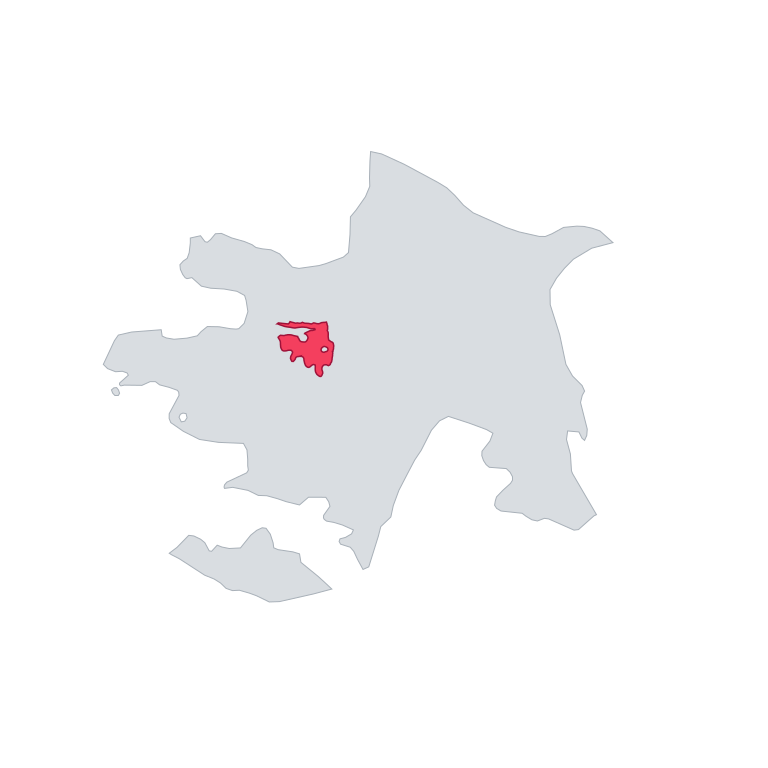 Yevlakh District, Yevlakh Rayon, Azerbaijan shown in context, rotated 333°
{"feature_id": "54616110B52362464060400", "entity_name": "Yevlakh District", "entity_type": "district", "adm_level": 2, "iso_a3": "AZE", "parent_name": "Azerbaijan", "parent_adm1": "Yevlakh Rayon", "projection": "orthographic", "projection_center": [47.034, 40.701], "detail": "fine", "context": "in_parent", "style": "filled", "palette": "rose", "viewbox_px": 768, "rotation_deg": 333, "n_neighbors": 0, "source": "geoboundaries", "source_scale": "gbopen_adm2", "svg_char_len": 6333}
<svg xmlns="http://www.w3.org/2000/svg" viewBox="0 0 768 768"><g transform="rotate(333 384 384)"><path d="M514.0,596.9L511.2,596.8L491.2,602.0L487.0,600.5L469.4,578.9L465.9,576.5L458.5,575.7L454.1,572.1L450.5,566.3L448.4,561.9L430.6,550.3L427.9,546.0L427.5,542.2L430.1,538.7L433.0,535.7L441.6,532.7L451.6,530.0L454.8,528.1L456.4,524.9L456.3,519.9L454.6,514.9L440.0,506.0L438.4,502.2L437.9,497.4L438.6,492.3L440.8,488.4L452.5,482.9L458.7,477.3L454.7,471.2L441.9,457.3L426.7,442.1L416.8,442.0L405.3,446.7L387.0,460.0L376.8,465.7L363.5,475.1L349.0,485.5L337.1,496.5L329.7,505.6L316.4,509.6L309.7,517.2L287.4,540.0L281.1,539.7L280.8,528.3L281.1,519.3L279.8,514.1L272.6,507.0L272.5,503.9L274.5,502.0L280.0,503.2L287.1,502.8L290.5,500.1L282.9,490.7L276.3,484.4L270.6,480.1L269.3,477.5L269.3,475.8L270.6,473.6L280.3,468.5L281.3,463.8L280.7,458.5L265.3,450.6L253.8,453.4L243.5,444.5L236.9,437.7L228.8,430.3L221.4,426.2L214.5,417.0L202.3,407.4L194.5,404.6L194.7,403.2L196.1,401.5L199.4,400.1L221.3,400.8L224.0,399.2L225.4,395.1L228.4,389.2L232.0,380.5L231.8,373.1L210.1,360.9L194.4,349.6L183.7,335.0L176.5,321.6L176.9,317.2L179.1,313.0L196.2,301.1L197.4,298.0L197.0,295.8L191.1,289.5L183.7,282.9L181.4,278.1L176.7,275.7L167.7,275.3L152.1,267.1L148.7,266.2L148.0,264.6L148.8,263.1L160.2,260.1L160.1,257.5L156.7,253.9L150.4,251.2L144.7,244.8L142.8,239.1L163.5,223.0L169.5,219.8L182.7,223.1L210.1,234.5L208.1,240.6L210.9,244.1L217.2,248.8L229.3,253.7L239.5,256.3L244.8,254.3L252.7,252.6L263.0,258.1L272.4,265.1L277.1,267.9L279.7,268.8L286.9,266.5L295.6,257.7L299.1,246.9L300.0,241.8L295.0,234.6L284.7,226.8L273.1,220.0L265.7,213.9L261.1,202.0L256.3,200.7L255.1,199.1L254.4,195.1L254.6,189.5L256.3,185.1L261.0,183.3L265.7,182.7L270.0,178.6L275.4,170.5L277.7,166.0L287.8,168.6L289.1,175.9L290.9,177.5L295.0,176.6L302.0,173.6L307.5,176.0L314.6,184.7L324.4,193.8L329.7,200.0L331.8,204.2L336.9,208.3L344.2,213.1L350.1,220.7L355.4,238.3L360.7,242.4L379.9,249.0L386.6,250.3L405.4,252.5L412.0,250.8L421.5,235.5L430.0,219.8L438.0,216.4L452.5,208.7L461.1,201.4L464.7,193.7L472.7,179.0L477.6,170.8L486.3,177.9L501.6,197.2L523.5,228.8L529.0,237.7L532.7,248.1L536.0,260.8L541.1,271.9L563.6,299.7L573.4,309.8L589.2,322.9L594.7,325.8L601.9,326.4L615.1,326.0L627.5,330.9L633.7,334.4L640.1,339.6L645.9,345.6L652.2,362.0L630.7,357.3L609.4,358.8L597.4,362.8L585.8,368.0L574.8,375.2L568.1,388.8L562.9,419.9L555.0,449.1L555.6,462.5L559.8,475.3L559.5,481.4L555.5,484.1L550.7,489.7L544.6,516.5L541.3,521.9L537.1,525.3L535.8,522.2L535.9,515.2L526.3,509.2L521.4,516.3L518.3,531.0L511.6,546.5L511.3,549.5L514.0,596.9ZM193.2,324.7L194.2,320.5L191.6,318.6L188.8,318.5L186.3,320.5L186.2,325.7L189.6,326.7L193.2,324.7ZM120.4,444.1L117.2,439.7L115.8,437.3L125.4,435.6L141.3,430.2L145.6,433.1L150.1,439.0L152.3,444.0L152.5,453.3L154.4,454.8L162.2,451.9L165.6,455.7L171.4,460.3L181.7,464.9L196.6,458.2L204.1,456.6L210.2,456.8L213.4,459.0L214.5,466.2L213.1,475.1L211.4,479.9L214.4,483.5L226.6,492.2L231.6,497.0L229.0,505.2L237.9,525.4L240.9,533.3L244.4,543.0L225.7,539.0L192.0,530.4L182.8,526.1L174.2,514.7L169.1,509.2L161.5,502.1L155.2,499.3L150.5,494.4L148.0,487.1L144.1,480.6L137.4,472.9L122.3,446.8L120.4,444.1ZM144.2,272.2L142.1,273.6L139.0,272.1L138.1,268.9L138.5,265.5L141.6,264.8L144.1,265.8L144.7,268.9L144.2,272.2Z" fill="#d9dde1" stroke="#a8b0b8" stroke-width="1"/><path d="M328.6,285.8L328.0,286.2L327.0,286.8L326.0,287.0L324.2,285.9L322.8,285.0L320.9,283.8L317.6,281.6L316.2,281.9L316.4,282.0L318.4,284.3L320.1,286.0L321.4,287.4L322.0,287.9L323.7,289.2L326.2,290.9L328.1,292.4L330.1,293.7L331.8,294.2L333.8,294.9L336.2,295.8L338.0,296.7L339.5,297.7L340.8,298.5L342.9,300.6L344.0,301.6L345.3,302.2L347.1,303.0L347.5,303.9L347.2,304.3L344.8,303.9L343.3,303.2L342.0,302.9L340.7,302.9L338.9,302.8L337.6,302.8L336.5,302.8L336.1,303.1L336.4,303.4L337.1,304.4L337.4,305.4L337.6,306.6L337.3,308.4L336.7,309.0L335.6,309.9L334.9,310.3L334.1,310.6L333.3,310.8L332.2,310.5L331.0,309.8L330.1,309.2L329.2,308.4L328.7,307.3L328.6,306.3L328.7,304.5L328.4,303.4L328.7,302.5L328.0,301.9L326.9,301.0L325.9,300.2L325.0,299.4L324.1,298.5L323.0,297.7L321.4,296.8L320.5,296.4L319.4,296.1L318.6,295.8L317.5,295.6L316.8,295.4L316.0,294.9L314.7,294.1L313.9,293.6L312.8,293.7L312.1,293.9L311.0,294.3L310.9,294.3L310.9,294.5L310.8,295.1L311.0,297.0L311.0,298.2L310.8,299.4L310.1,301.0L309.6,302.0L309.3,302.8L308.7,304.2L308.5,305.5L308.5,306.5L308.6,307.7L309.3,308.7L310.0,309.2L311.3,309.8L312.5,310.2L313.7,310.4L315.0,310.9L315.9,311.4L316.7,312.0L317.1,313.6L316.9,314.3L316.1,315.1L315.3,315.8L314.1,316.6L313.2,317.4L312.3,318.7L312.1,320.5L312.2,322.0L313.4,322.7L314.9,322.2L316.1,321.6L317.5,320.3L319.1,320.2L320.5,320.8L321.9,321.1L321.6,321.2L323.1,322.0L323.7,322.6L324.2,323.7L324.1,325.1L323.4,326.7L323.1,328.0L322.7,329.5L322.7,329.8L322.5,331.9L322.9,333.3L323.7,334.5L324.6,335.1L326.1,335.1L327.1,334.8L329.1,334.4L330.2,334.7L331.3,335.9L330.7,337.3L329.8,338.9L329.1,340.3L328.7,341.5L328.5,342.1L328.5,343.7L328.6,345.0L329.4,346.8L330.0,347.8L330.5,348.3L330.8,348.4L331.3,348.6L332.4,348.2L333.7,347.1L334.4,346.5L335.0,344.8L335.1,343.4L335.3,342.8L335.7,342.0L336.1,341.3L336.6,340.9L337.1,340.4L337.7,340.2L338.6,339.8L339.1,339.8L340.2,340.1L341.6,340.8L342.1,341.6L342.8,342.4L344.3,342.4L345.2,342.0L345.6,341.4L346.4,341.0L347.3,340.5L347.7,340.0L348.4,339.1L348.9,338.5L349.5,337.4L350.2,336.5L351.0,335.5L351.6,334.3L352.2,333.5L352.4,333.2L352.6,332.5L352.7,332.1L352.8,332.2L353.5,331.6L354.0,330.7L354.9,329.9L355.7,328.4L356.5,327.3L357.0,325.6L357.3,324.5L356.7,322.9L356.1,322.4L354.7,319.6L355.2,318.1L355.8,316.4L357.0,314.2L357.7,312.5L357.7,310.5L358.6,309.7L359.1,308.7L359.5,307.9L360.1,306.8L360.2,305.4L360.6,304.3L360.7,303.0L360.8,302.7L360.5,302.6L359.2,302.2L358.2,301.7L356.0,300.9L354.3,300.9L352.8,300.5L351.3,299.5L350.0,298.3L349.0,297.6L346.7,297.6L345.8,297.0L344.5,295.9L342.8,294.9L341.7,294.3L340.8,293.7L339.5,292.3L339.3,292.0L337.6,292.0L336.4,291.6L334.4,290.2L332.8,289.7L331.0,288.0L329.9,287.1L329.2,286.4L328.6,285.8ZM349.3,328.4L348.5,328.8L347.7,329.0L346.3,328.6L345.6,328.6L345.0,328.6L343.9,327.7L343.3,326.8L343.3,326.5L343.2,325.6L343.8,324.4L344.6,323.8L345.5,323.4L347.2,323.2L348.0,323.5L349.0,324.4L350.1,326.0L349.9,327.6L349.4,328.3L349.3,328.4Z" fill="#f43f5e" stroke="#9f1239" stroke-width="1.5"/></g></svg>